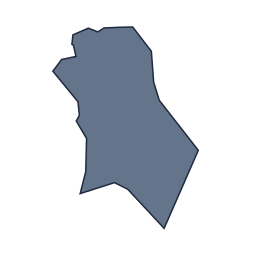 outline of Rubkona, Unity, South Sudan, rotated 172°
{"feature_id": "79223893B27394743162218", "entity_name": "Rubkona", "entity_type": "district", "adm_level": 2, "iso_a3": "SSD", "parent_name": "South Sudan", "parent_adm1": "Unity", "projection": "albers", "projection_center": [29.718, 9.304], "detail": "fine", "context": "isolated", "style": "filled", "palette": "slate", "viewbox_px": 256, "rotation_deg": 172, "n_neighbors": 0, "source": "geoboundaries", "source_scale": "gbopen_adm2", "svg_char_len": 461}
<svg xmlns="http://www.w3.org/2000/svg" viewBox="0 0 256 256"><g transform="rotate(172 128 128)"><path d="M171.9,218.6L170.5,217.5L169.6,206.1L184.2,205.1L194.5,194.7L173.9,161.0L174.4,147.2L178.3,142.2L170.5,123.4L175.9,90.7L184.5,69.7L149.0,75.8L136.8,67.4L106.2,23.6L61.5,96.1L93.2,151.1L96.2,169.9L94.2,200.7L109.3,227.4L122.1,228.9L137.7,230.4L144.6,227.4L153.4,232.4L169.6,227.9L171.9,218.6Z" fill="#64748b" stroke="#1e293b" stroke-width="1.5"/></g></svg>